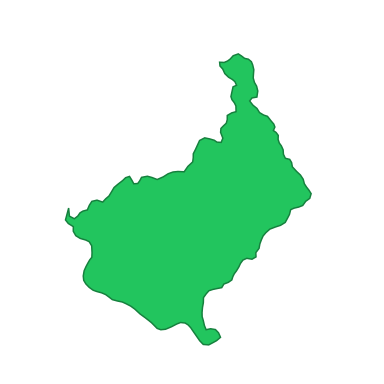 Santana do Paraíso, Minas Gerais, Brazil (Mercator projection), rotated 104°
{"feature_id": "56859067B5957115857707", "entity_name": "Santana do Paraíso", "entity_type": "district", "adm_level": 2, "iso_a3": "BRA", "parent_name": "Brazil", "parent_adm1": "Minas Gerais", "projection": "mercator", "projection_center": [-42.534, -19.392], "detail": "fine", "context": "isolated", "style": "filled", "palette": "green", "viewbox_px": 384, "rotation_deg": 104, "n_neighbors": 0, "source": "geoboundaries", "source_scale": "gbopen_adm2", "svg_char_len": 2661}
<svg xmlns="http://www.w3.org/2000/svg" viewBox="0 0 384 384"><g transform="rotate(104 192 192)"><path d="M178.3,81.3L173.5,79.4L169.7,76.2L164.8,76.0L162.0,78.9L159.5,82.1L156.8,85.0L152.7,87.2L149.3,90.9L146.8,95.4L143.3,100.7L139.3,102.5L136.7,105.1L136.7,109.6L133.3,112.4L129.0,113.8L125.7,116.4L123.3,119.2L120.1,121.2L116.2,122.0L113.9,124.8L112.7,127.9L108.9,127.3L106.3,129.1L103.8,132.6L100.3,137.1L100.0,141.1L98.6,145.7L95.2,149.2L93.0,153.9L89.7,158.1L86.2,156.5L84.2,152.0L78.1,152.6L73.7,154.9L70.6,157.9L66.5,160.2L62.6,160.9L58.4,161.6L54.1,163.8L51.2,165.9L49.5,169.4L49.6,173.3L48.0,177.0L46.8,180.5L49.8,185.0L53.9,187.2L56.3,189.2L58.5,192.1L59.4,196.6L63.0,195.3L65.3,191.9L69.2,188.8L71.8,184.3L73.0,180.2L74.5,177.1L77.7,174.6L80.0,177.6L84.4,177.5L90.0,177.3L92.7,175.6L95.1,172.6L97.9,170.2L103.4,168.7L105.6,172.6L109.2,176.3L113.3,175.3L117.0,175.4L120.4,177.6L123.3,179.3L127.2,178.7L132.3,175.1L136.8,175.7L137.6,179.8L136.4,182.9L136.2,187.7L136.4,192.8L140.2,197.1L149.8,198.9L154.6,200.0L158.4,199.1L162.6,198.6L168.2,202.2L174.3,204.5L175.5,210.6L177.2,215.3L180.1,219.6L184.2,223.5L188.3,228.8L187.6,234.3L187.5,239.1L190.0,244.5L193.7,245.4L196.9,246.7L198.1,250.5L195.1,253.2L192.0,256.4L194.2,259.9L197.6,262.0L202.7,266.0L206.5,268.7L211.2,270.1L216.0,271.6L219.5,274.1L223.4,276.2L222.9,282.2L225.3,286.9L229.7,288.4L234.7,289.2L236.9,293.2L239.3,295.6L243.0,297.0L246.4,299.7L245.1,305.1L237.4,307.8L249.7,308.0L252.5,304.4L254.3,298.8L258.8,297.7L262.5,294.2L264.1,289.2L264.3,283.5L265.1,279.7L268.5,276.3L275.1,274.3L279.6,273.4L282.6,274.8L285.7,275.7L290.0,276.8L294.5,277.6L299.8,277.2L303.9,275.7L306.9,272.7L309.4,268.7L311.2,264.2L311.6,260.4L311.7,255.4L312.4,251.0L314.1,246.9L315.7,243.3L315.8,238.0L315.6,233.0L316.3,229.2L317.5,224.0L319.4,219.3L321.2,216.0L323.0,212.7L325.1,207.5L327.1,202.9L328.6,199.7L330.6,196.4L332.8,192.8L333.2,189.0L331.6,184.5L327.7,179.3L323.8,174.9L321.4,171.5L320.8,167.0L321.9,163.6L324.0,160.4L327.3,156.7L330.8,152.7L334.5,148.5L337.2,144.2L336.3,138.8L332.8,134.9L330.3,132.2L326.1,129.2L322.2,132.2L319.8,136.0L320.2,140.9L322.2,145.0L318.5,147.7L314.1,149.9L310.5,152.0L306.5,153.1L301.4,153.9L296.7,154.2L291.7,155.3L287.4,153.6L283.7,151.7L281.5,148.2L279.6,144.3L277.6,140.0L273.6,138.8L270.9,134.9L267.7,132.1L264.3,131.9L261.1,131.2L257.8,129.8L253.3,128.4L249.6,127.7L245.7,126.1L243.1,122.8L242.7,117.5L239.5,114.2L235.4,115.4L230.5,113.3L225.9,113.6L221.5,113.1L217.5,112.4L213.6,110.5L209.2,107.5L205.7,102.5L202.9,98.0L199.0,94.2L194.4,93.0L190.2,92.0L185.3,92.0L183.0,89.1L180.8,84.8L178.3,81.3Z" fill="#22c55e" stroke="#15803d" stroke-width="1.5"/></g></svg>